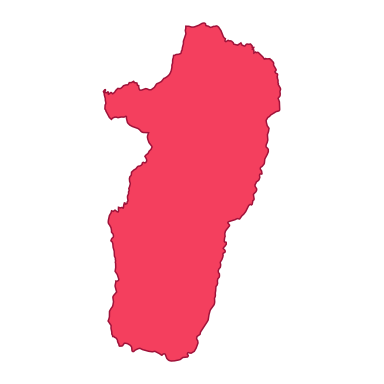 outline of La Peña, Cundinamarca, Colombia
{"feature_id": "7082276B76802469415044", "entity_name": "La Peña", "entity_type": "district", "adm_level": 2, "iso_a3": "COL", "parent_name": "Colombia", "parent_adm1": "Cundinamarca", "projection": "natural_earth1", "projection_center": [-74.408, 5.202], "detail": "fine", "context": "isolated", "style": "filled", "palette": "rose", "viewbox_px": 384, "rotation_deg": 0, "n_neighbors": 0, "source": "geoboundaries", "source_scale": "gbopen_adm2", "svg_char_len": 5945}
<svg xmlns="http://www.w3.org/2000/svg" viewBox="0 0 384 384"><path d="M103.4,91.5L104.2,93.4L104.3,94.9L105.3,98.6L105.3,100.2L105.8,102.6L105.8,103.7L105.1,105.1L104.9,109.0L105.8,110.2L105.9,111.0L109.4,117.5L111.4,119.4L112.6,118.1L114.6,117.2L116.2,117.1L118.0,117.7L121.1,117.0L124.0,117.1L125.8,116.3L126.4,116.5L126.5,118.6L127.4,122.3L128.0,123.3L129.8,125.1L132.4,126.5L138.0,128.5L139.5,129.6L141.0,131.3L142.2,132.2L143.4,132.5L148.6,132.7L147.5,136.0L147.4,137.2L147.8,139.2L149.0,142.6L151.9,146.4L152.0,147.1L151.0,149.4L149.2,151.1L148.0,153.5L146.2,154.8L144.9,156.3L146.3,158.7L146.7,160.0L146.6,161.2L145.7,162.6L144.5,162.8L143.3,162.3L142.7,162.6L142.2,163.2L142.2,164.1L141.5,165.1L139.8,166.0L138.4,166.2L137.6,166.6L135.8,168.9L133.8,170.0L131.5,172.2L131.4,174.0L131.2,175.3L129.8,176.9L129.4,178.7L129.6,181.3L130.2,183.0L130.3,183.9L129.4,187.2L128.8,188.4L129.2,190.4L128.5,191.9L128.6,193.7L127.5,196.1L127.5,197.8L128.0,200.7L127.1,202.2L127.0,203.5L125.4,204.2L125.1,203.9L125.0,203.0L124.4,202.9L123.7,205.2L123.5,207.5L123.2,208.1L122.8,208.1L122.0,207.4L120.4,207.9L118.5,207.3L118.4,208.9L118.6,210.9L118.2,211.9L117.2,211.8L115.0,210.1L113.2,211.4L111.6,210.8L111.1,212.7L109.4,215.6L108.4,220.1L108.2,222.1L108.5,223.5L109.7,225.2L111.0,227.7L111.5,230.4L111.5,232.1L113.1,234.1L113.5,236.0L113.2,237.3L112.2,238.1L111.5,239.1L110.9,240.8L112.1,241.8L112.8,243.6L113.1,247.4L114.2,251.1L114.4,256.1L115.4,258.2L115.3,259.3L115.6,260.8L115.3,262.5L115.6,263.4L115.7,267.6L115.1,271.3L117.3,274.6L118.8,279.2L118.6,280.1L117.9,280.8L116.9,281.2L115.8,281.1L115.9,281.6L115.1,285.4L115.1,286.3L116.6,292.0L113.7,295.4L113.0,296.6L112.9,297.6L113.5,301.8L112.9,305.2L112.5,306.5L111.0,308.6L109.5,311.3L109.4,317.0L108.8,319.2L108.1,321.0L111.1,325.5L111.0,328.3L111.8,332.3L111.8,334.0L112.7,335.8L112.7,336.5L114.0,336.6L114.3,337.1L116.0,338.0L116.7,338.8L117.5,340.3L117.6,341.6L118.2,343.1L118.8,343.9L118.9,345.0L119.4,346.1L121.2,346.1L122.5,345.8L124.3,343.3L125.0,343.2L127.4,343.6L130.3,345.3L131.4,346.7L131.7,347.5L132.0,350.6L132.4,351.4L133.1,351.6L133.7,351.5L135.2,350.1L138.1,348.7L139.9,348.3L142.6,349.6L148.7,351.3L152.3,351.8L154.9,351.3L159.4,353.6L161.6,355.2L162.0,355.2L162.5,354.5L163.8,353.8L164.8,353.9L165.3,354.5L166.8,358.4L168.0,359.7L169.2,360.5L171.2,361.0L174.6,360.8L178.6,360.0L180.3,359.5L182.8,357.5L187.5,357.0L188.3,355.9L188.2,355.3L187.3,354.1L187.7,352.9L188.6,352.6L190.0,353.1L191.3,353.1L194.3,351.3L196.1,348.2L198.0,343.0L197.7,340.7L196.8,339.4L196.6,338.7L197.0,336.5L200.0,334.4L200.5,332.1L201.1,331.1L207.3,321.6L208.2,319.9L209.0,314.6L210.1,310.5L210.7,309.4L213.9,305.0L214.4,303.8L214.7,302.0L214.5,298.1L215.2,296.7L215.4,295.5L215.3,293.0L215.7,290.7L215.9,286.6L217.1,285.0L217.6,283.4L217.4,280.8L217.8,278.8L219.2,277.2L219.5,276.0L219.4,273.9L218.5,272.6L218.2,270.9L218.9,269.0L220.3,267.3L220.5,266.4L220.7,264.8L220.2,262.3L221.9,259.5L222.8,257.0L223.1,255.5L222.9,254.6L223.1,253.5L223.4,253.1L224.8,252.4L225.2,251.7L225.0,250.4L223.2,248.5L223.6,247.6L225.1,246.0L226.3,244.2L226.2,242.4L225.9,242.1L224.8,242.1L224.3,241.5L224.4,239.4L224.7,237.3L225.1,236.6L224.8,233.6L225.4,231.3L226.2,230.0L229.5,225.8L229.5,225.0L227.8,222.9L227.9,222.3L229.1,221.5L235.0,219.7L236.9,218.7L237.4,218.6L239.6,219.0L241.9,215.8L243.7,214.2L245.7,211.6L248.7,205.5L250.1,204.4L251.5,204.9L252.2,204.2L252.9,200.6L253.9,199.8L254.1,199.0L253.4,194.6L253.8,193.9L256.0,191.6L256.7,189.9L256.6,188.7L255.1,186.4L255.0,184.8L256.1,182.8L256.3,182.0L258.0,180.8L259.0,179.8L259.8,177.5L259.5,175.1L259.8,174.3L260.5,173.9L261.5,174.1L262.0,173.8L261.6,171.0L260.3,169.1L260.3,168.1L260.6,167.4L262.1,166.4L264.0,164.1L264.4,163.0L264.8,159.0L267.2,154.5L268.3,151.8L268.3,149.5L267.8,148.6L266.1,146.9L266.0,145.8L266.4,144.2L267.2,142.5L267.8,140.0L267.4,134.7L268.5,131.5L269.0,128.3L267.2,125.7L266.4,122.5L266.1,120.4L267.8,117.5L269.5,116.4L270.7,115.0L276.0,111.7L278.9,110.9L279.5,110.3L279.7,109.5L279.4,101.8L278.1,98.3L279.8,96.2L280.1,95.3L280.2,93.5L279.9,91.6L280.6,89.1L280.2,87.9L278.2,84.4L278.4,83.5L277.9,82.4L278.1,80.9L277.8,79.2L277.4,78.6L277.4,77.3L277.1,76.9L277.4,76.0L277.6,74.3L277.1,73.7L275.7,73.1L274.9,71.8L275.0,71.5L276.0,70.6L276.1,69.5L273.7,65.4L273.5,64.6L273.7,63.7L273.4,62.3L272.3,61.3L271.5,60.0L270.4,59.7L269.9,58.7L267.0,58.9L266.6,58.7L265.9,59.0L265.4,58.5L264.3,59.1L262.8,56.9L258.3,52.5L257.4,52.3L256.4,52.7L255.5,52.0L253.9,53.0L253.8,50.0L252.4,49.1L253.6,48.0L253.8,47.4L252.2,47.2L252.1,45.8L250.5,44.0L248.8,44.3L247.0,44.0L246.2,44.4L244.9,46.0L244.3,46.1L242.9,45.4L242.2,45.3L240.9,42.9L239.4,44.0L238.1,44.6L237.8,45.2L233.7,44.1L233.3,42.8L231.6,41.2L230.3,40.8L229.2,40.9L228.4,40.4L227.6,40.5L226.3,41.5L225.6,41.6L224.9,40.9L225.4,38.7L224.4,38.1L223.4,36.8L221.0,30.7L218.6,27.1L217.2,26.1L216.1,25.9L215.5,26.3L213.3,26.4L212.2,27.0L210.3,27.4L208.4,26.2L205.9,25.6L205.5,23.8L205.1,23.4L204.2,23.0L203.1,23.1L201.8,23.5L198.9,25.2L194.1,27.0L191.8,27.1L188.9,26.3L185.8,26.2L185.8,28.2L185.3,30.4L185.9,33.8L183.4,41.2L183.4,43.9L182.4,47.5L182.0,50.2L181.4,51.1L181.1,52.9L180.5,53.6L178.6,54.3L176.1,54.5L174.7,55.3L173.6,55.4L173.2,58.2L172.8,59.0L172.6,60.6L172.6,63.0L171.9,65.1L171.9,67.4L171.2,70.8L170.1,73.3L169.4,74.5L167.5,76.4L165.1,78.0L163.9,78.4L161.4,81.5L159.3,82.7L156.9,83.7L156.3,84.3L154.4,87.4L151.5,89.5L150.9,89.8L149.2,89.8L146.9,88.8L145.7,88.6L141.5,90.1L140.0,90.2L139.2,89.1L138.7,87.1L138.7,85.6L137.5,85.3L136.9,83.0L134.3,82.6L134.0,82.2L133.9,81.5L133.6,81.3L131.3,82.6L129.3,82.6L128.4,84.3L127.7,84.9L126.0,84.9L123.5,85.7L121.9,87.5L120.7,88.4L120.0,88.6L117.8,88.4L115.8,90.4L114.6,92.3L112.9,93.7L112.4,93.7L111.5,92.6L110.9,92.5L108.8,94.2L108.4,94.3L108.2,93.9L108.4,92.2L108.2,92.0L107.7,91.9L106.6,92.7L105.7,92.7L105.2,92.4L104.9,91.6L105.5,90.2L105.4,89.7L105.2,89.6L104.7,89.8L103.4,91.5Z" fill="#f43f5e" stroke="#9f1239" stroke-width="1.5"/></svg>